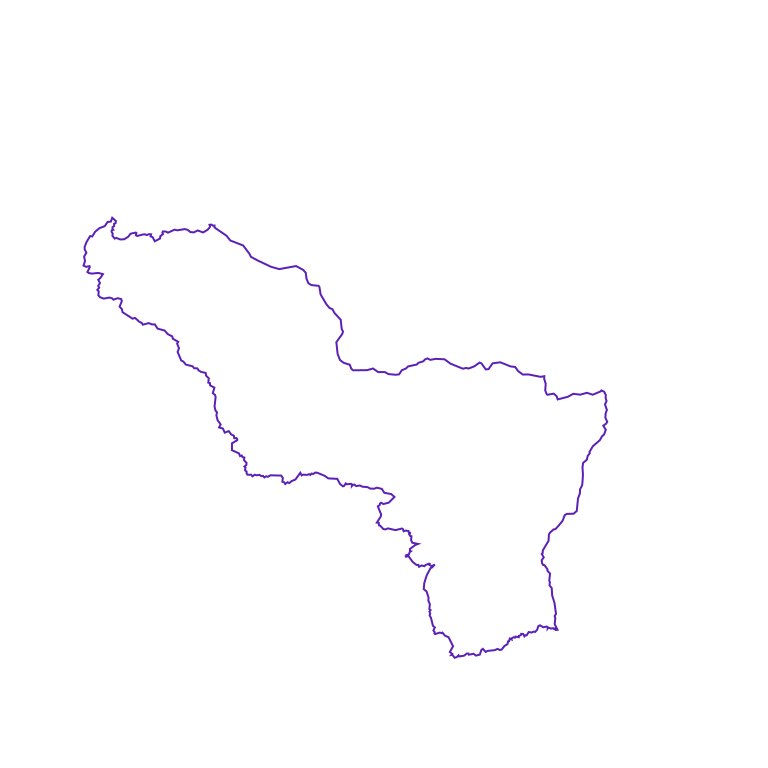 Cotacachi, Imbabura, Ecuador, rotated 51°
{"feature_id": "8360857B15521483188159", "entity_name": "Cotacachi", "entity_type": "district", "adm_level": 2, "iso_a3": "ECU", "parent_name": "Ecuador", "parent_adm1": "Imbabura", "projection": "natural_earth1", "projection_center": [-78.573, 0.395], "detail": "fine", "context": "isolated", "style": "outline", "palette": "violet", "viewbox_px": 768, "rotation_deg": 51, "n_neighbors": 0, "source": "geoboundaries", "source_scale": "gbopen_adm2", "svg_char_len": 6141}
<svg xmlns="http://www.w3.org/2000/svg" viewBox="0 0 768 768"><g transform="rotate(51 384 384)"><path d="M684.2,403.9L677.9,402.4L674.0,398.4L671.7,397.4L670.9,395.0L661.3,389.2L654.2,386.4L648.2,382.1L644.7,382.1L642.4,379.8L640.8,379.3L635.9,374.3L632.1,374.5L630.8,373.6L625.8,373.3L624.9,374.2L622.9,374.0L620.2,372.4L619.3,369.0L615.3,368.3L615.2,367.0L613.3,365.4L609.4,354.8L604.8,350.6L604.0,348.8L603.7,343.7L604.7,342.1L604.0,337.6L602.7,331.3L599.7,326.1L600.0,323.7L604.1,318.3L604.0,314.1L595.1,305.3L592.0,300.2L589.3,298.1L587.5,293.9L585.6,291.9L579.6,286.4L573.7,282.2L570.6,278.9L570.5,274.0L568.1,271.0L567.4,267.8L566.1,267.0L563.8,260.9L563.5,251.6L561.8,247.4L561.8,244.9L559.1,240.4L554.4,239.8L554.6,236.4L553.9,234.3L549.5,233.2L546.2,230.1L544.4,227.1L538.9,225.1L537.3,221.8L534.2,220.5L532.1,218.5L528.5,217.8L525.8,219.1L526.1,220.3L523.7,228.5L518.5,231.9L515.8,238.2L510.7,243.1L509.7,249.0L505.3,258.7L502.1,257.5L498.3,258.2L495.2,263.8L494.0,263.9L490.4,262.7L485.6,258.2L480.7,256.2L478.8,254.5L477.0,257.8L467.6,265.6L464.0,270.2L458.4,271.6L453.2,271.4L450.1,274.5L440.3,280.0L436.3,286.6L438.2,293.4L436.7,295.7L429.3,295.3L427.5,296.3L427.1,302.6L425.3,308.4L423.2,310.1L421.7,313.1L410.1,319.5L402.9,321.4L396.9,328.1L394.4,332.8L391.4,334.2L390.7,336.6L391.1,339.1L389.2,343.9L389.5,346.2L385.5,354.2L385.8,357.1L384.5,361.5L386.0,366.2L384.1,369.2L379.1,374.3L375.3,375.8L371.1,381.0L365.0,382.8L362.7,388.3L354.0,399.3L351.7,399.8L347.4,398.5L342.2,402.0L337.6,403.1L331.4,401.1L321.5,394.7L318.9,385.1L317.5,382.9L314.6,382.2L306.8,377.2L297.7,377.8L293.4,377.0L290.6,378.5L285.9,378.6L274.5,376.9L267.9,373.1L266.5,373.1L261.4,378.2L258.1,379.3L253.5,378.0L248.3,374.8L244.5,375.0L237.0,378.1L228.8,393.1L221.7,398.1L208.6,404.4L201.4,407.4L197.9,406.6L187.7,406.3L175.8,413.1L169.6,413.1L155.8,417.2L154.2,416.0L153.5,417.2L151.6,417.7L150.5,419.4L152.0,419.9L152.6,421.1L153.1,423.9L152.4,429.2L147.4,432.2L146.5,436.4L144.0,438.9L140.6,439.6L138.2,441.4L134.5,447.9L132.3,449.6L130.4,456.7L128.5,457.4L126.3,459.7L126.9,461.0L128.4,461.4L128.4,464.9L130.0,466.5L128.8,472.3L124.2,471.4L122.4,472.5L121.1,470.8L119.5,472.6L119.0,474.6L117.2,475.6L115.9,477.6L113.7,482.6L112.3,483.2L110.8,481.4L110.1,481.6L107.7,486.4L108.6,490.2L108.0,494.8L105.7,498.0L102.0,500.1L101.5,501.8L97.9,501.8L96.4,500.2L94.3,499.9L93.3,498.9L93.8,497.4L92.8,497.5L91.2,496.2L91.5,494.4L89.6,492.9L90.1,491.4L88.6,489.8L83.8,490.6L85.9,494.1L84.1,496.8L85.6,501.6L83.8,507.1L83.9,512.6L85.7,517.9L84.1,519.4L86.5,525.9L89.0,530.3L91.0,531.9L94.7,532.7L96.2,536.8L100.3,539.0L102.9,543.0L105.5,541.7L107.1,538.7L108.2,539.3L110.3,544.0L112.0,543.6L114.4,541.5L117.9,536.1L121.7,533.3L123.0,537.2L123.2,540.5L126.8,541.2L127.9,544.4L129.9,544.7L130.5,547.6L132.5,547.4L135.3,550.2L138.0,550.0L141.3,548.0L144.1,542.9L146.5,541.3L148.2,541.2L149.7,537.0L152.7,534.8L154.6,535.6L157.5,540.8L160.9,540.6L163.7,542.0L175.0,538.3L175.9,535.9L181.6,535.0L184.2,533.8L186.1,534.1L188.7,528.4L191.7,526.8L193.4,524.6L198.5,525.1L204.4,520.8L209.1,520.7L213.7,518.6L215.9,519.6L221.8,517.4L222.4,519.4L227.2,520.8L229.2,524.2L238.2,526.8L240.3,525.8L244.2,525.8L249.8,521.6L252.3,521.6L254.4,519.2L256.7,519.5L259.6,518.5L263.1,515.6L265.5,517.0L269.3,516.6L272.4,519.7L273.8,518.7L275.6,520.0L280.1,518.1L283.4,522.8L286.1,522.2L288.1,523.0L294.9,529.9L298.7,531.7L300.9,531.6L302.9,534.0L307.4,536.1L312.6,536.4L314.0,539.5L317.3,537.2L321.6,538.4L322.9,534.3L327.1,534.5L329.7,533.2L331.9,534.5L333.2,532.7L334.4,532.7L335.3,533.4L334.4,539.5L339.8,543.8L346.6,540.4L349.4,541.2L350.0,539.6L351.8,540.0L353.2,538.8L355.1,540.7L358.8,540.5L360.3,541.9L360.3,544.4L361.9,544.3L363.6,546.3L365.6,545.9L367.1,547.1L368.6,547.2L370.9,544.3L373.0,544.3L373.2,541.5L374.9,540.3L376.2,538.0L378.4,537.3L379.3,535.8L381.3,535.8L381.6,533.6L383.1,532.6L383.4,529.8L390.5,521.5L393.3,521.7L396.0,524.5L397.8,523.4L399.6,523.7L399.6,520.8L401.4,520.0L401.3,516.8L402.5,513.0L400.3,504.9L403.2,505.5L403.6,503.8L406.1,501.2L407.1,498.8L408.3,498.5L408.0,496.7L409.3,495.8L409.6,493.1L411.0,491.7L418.2,487.8L422.3,486.7L428.3,480.0L434.0,481.1L437.7,480.3L438.1,479.3L437.2,476.3L438.4,476.1L441.0,472.3L441.9,472.1L443.1,473.2L442.8,471.6L443.5,470.4L445.8,469.9L447.7,466.6L450.1,465.5L453.8,461.7L456.6,460.5L459.2,457.5L460.1,454.8L464.1,451.7L468.8,452.2L474.0,447.7L478.4,447.0L479.2,455.0L476.9,460.0L474.4,461.0L474.4,462.3L475.4,463.6L475.2,465.8L483.5,468.3L484.9,469.8L487.2,476.8L488.6,475.5L490.8,476.8L491.8,476.1L496.3,475.8L497.8,474.5L498.7,471.8L504.8,467.0L507.6,461.0L508.7,460.6L510.8,461.4L511.5,459.5L513.6,457.5L514.3,458.0L516.1,457.4L516.9,458.5L516.1,457.7L514.9,458.7L516.0,458.1L516.5,459.0L518.5,459.3L519.6,458.5L522.3,461.2L525.2,461.9L529.7,458.2L528.8,461.0L528.5,467.7L530.1,468.9L530.9,468.4L530.8,469.8L532.1,472.0L531.0,474.4L531.6,474.8L531.5,476.4L533.3,473.3L540.4,473.7L545.1,472.6L546.2,471.1L548.1,471.8L548.8,468.8L551.0,467.3L550.8,465.7L551.9,462.2L552.4,461.7L553.0,462.6L555.6,461.6L556.3,458.1L556.8,462.3L556.3,463.5L559.5,471.1L564.0,477.9L568.4,482.2L572.0,481.5L577.9,483.7L580.3,485.9L584.0,486.9L587.4,490.4L589.0,490.1L589.5,492.0L591.5,492.5L592.4,494.1L595.4,494.7L602.6,498.1L605.2,497.7L606.6,500.7L608.8,500.8L609.6,501.8L610.5,501.7L612.3,497.1L614.2,495.7L614.1,495.0L617.9,495.0L621.5,493.2L631.3,495.4L633.7,501.5L636.8,500.8L637.0,502.1L637.5,501.3L641.2,501.4L642.0,499.4L641.8,496.8L643.0,497.1L645.5,492.8L645.6,489.2L646.7,488.0L647.8,488.4L650.0,484.2L652.9,483.5L654.6,479.8L652.0,475.8L652.0,473.8L656.2,473.6L656.6,471.5L660.6,465.3L661.3,462.5L663.7,461.3L664.4,459.7L663.4,455.1L663.9,451.8L662.1,449.5L662.6,448.6L661.0,446.5L662.8,445.6L661.9,445.2L662.4,442.6L663.5,441.9L663.0,440.8L665.6,438.6L664.6,437.7L665.3,435.7L664.5,434.6L665.9,433.1L668.5,433.7L668.3,432.1L669.1,431.2L667.8,427.7L670.1,425.6L670.4,423.9L671.8,422.5L671.4,419.7L669.3,416.4L669.7,414.6L673.2,413.4L675.0,410.1L676.0,409.8L676.9,410.6L676.6,409.6L679.0,408.3L680.3,406.2L681.7,406.0L681.6,404.8L683.3,405.2L684.2,403.9Z" fill="none" stroke="#5b21b6" stroke-width="2"/></g></svg>